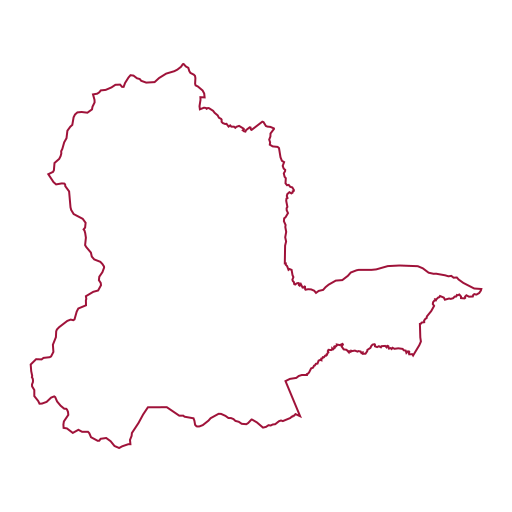 Pablo Sexto, Morona Santiago, Ecuador (Natural Earth projection)
{"feature_id": "8360857B79368212574342", "entity_name": "Pablo Sexto", "entity_type": "district", "adm_level": 2, "iso_a3": "ECU", "parent_name": "Ecuador", "parent_adm1": "Morona Santiago", "projection": "natural_earth1", "projection_center": [-78.197, -1.841], "detail": "fine", "context": "isolated", "style": "outline", "palette": "rose", "viewbox_px": 512, "rotation_deg": 0, "n_neighbors": 0, "source": "geoboundaries", "source_scale": "gbopen_adm2", "svg_char_len": 5962}
<svg xmlns="http://www.w3.org/2000/svg" viewBox="0 0 512 512"><path d="M65.3,186.2L69.1,191.4L70.5,207.3L71.2,210.0L73.7,214.1L82.7,218.8L85.6,222.8L85.1,227.6L83.6,229.4L84.5,230.6L85.2,233.1L85.9,237.7L85.1,245.1L86.2,247.0L90.9,252.6L91.8,256.6L94.2,259.4L100.3,261.8L102.4,264.0L104.0,266.5L104.1,267.6L102.4,272.2L99.3,276.7L98.9,280.2L100.7,282.9L101.0,285.2L98.1,290.5L93.3,291.8L85.9,296.2L86.3,298.9L85.9,300.3L86.0,305.3L78.3,308.5L76.7,311.6L74.5,319.4L73.3,320.2L70.7,319.6L67.3,320.9L59.1,327.2L56.9,329.5L56.2,331.3L55.9,337.2L52.9,344.7L53.4,351.9L51.1,356.4L49.7,357.2L43.5,357.9L41.6,359.4L36.1,359.2L30.7,364.5L31.2,371.1L32.2,375.9L31.9,377.3L32.7,378.5L33.0,380.4L32.9,382.1L32.0,384.4L32.1,386.4L34.3,390.0L34.3,396.1L38.2,401.0L39.5,403.7L41.9,403.6L46.6,401.9L51.1,397.6L54.2,396.4L55.2,397.1L57.1,401.5L60.6,405.7L64.2,408.7L66.2,408.8L67.0,409.6L68.0,411.9L68.3,414.9L63.9,421.4L63.4,424.5L63.6,427.9L66.9,428.4L72.8,432.9L78.4,429.8L82.1,431.8L88.0,431.8L89.3,433.2L91.0,437.2L97.7,440.8L99.3,440.7L100.6,438.8L106.2,438.0L110.6,441.2L114.5,446.0L119.1,448.0L122.2,446.3L128.3,444.2L130.4,444.2L130.0,439.9L131.6,435.9L131.9,433.0L138.5,423.0L143.1,414.5L147.9,407.3L166.8,407.2L179.3,415.7L183.3,415.7L184.5,416.7L193.5,418.3L194.4,420.7L195.1,424.8L196.5,426.3L197.7,426.5L199.5,426.4L202.8,425.1L208.5,420.6L210.6,418.2L218.6,413.8L221.1,413.9L225.5,415.9L228.4,418.0L231.1,418.1L233.5,419.1L235.4,420.9L238.8,421.8L241.7,423.8L246.3,424.2L248.1,423.1L251.5,419.5L252.1,419.6L256.9,422.4L263.0,427.6L266.0,426.9L268.5,425.2L270.7,425.5L272.7,424.5L275.2,424.2L279.0,421.2L281.0,420.5L282.8,421.1L290.3,418.0L291.8,416.6L292.6,416.6L293.2,415.8L294.1,415.7L295.5,414.1L300.1,416.2L285.5,381.1L289.9,378.9L296.3,377.9L298.7,376.0L301.8,375.0L306.9,375.0L306.9,374.1L307.9,373.7L309.1,372.4L311.1,368.4L313.1,367.6L314.0,365.7L314.8,365.5L315.9,363.8L317.5,363.6L318.6,360.6L320.2,359.9L321.4,360.3L321.3,358.6L322.5,358.3L322.8,357.2L324.0,357.2L325.1,355.7L326.2,355.6L326.5,354.6L327.1,354.6L327.3,353.5L328.4,352.3L327.8,351.1L328.5,349.8L331.1,350.1L332.1,349.6L332.2,348.4L333.1,349.3L334.2,348.2L334.2,347.1L334.9,347.4L335.2,346.2L335.9,346.4L336.9,345.4L336.8,344.5L339.8,345.1L342.5,343.9L342.9,344.6L341.6,346.4L343.7,349.4L346.5,349.8L348.9,352.4L349.3,351.2L350.6,351.8L351.1,350.7L352.0,351.1L354.9,350.6L357.5,351.6L358.3,351.1L360.6,351.5L361.4,353.0L362.7,352.4L362.8,353.8L365.5,353.7L367.2,351.2L367.4,349.9L370.4,347.9L371.4,345.8L372.6,344.6L374.5,344.2L374.9,344.5L375.0,346.3L377.1,347.1L378.9,346.2L380.9,347.3L381.5,346.2L385.1,345.9L386.6,347.3L387.1,346.0L387.6,345.8L388.3,346.2L389.0,348.6L390.6,348.1L391.6,349.0L392.5,347.8L394.5,348.8L398.3,348.3L402.6,348.9L403.8,350.3L405.7,350.6L406.4,352.9L407.8,351.4L408.9,351.4L409.3,351.9L408.9,353.4L409.2,354.3L412.3,354.2L413.1,355.5L419.3,345.2L420.9,341.5L420.3,337.4L419.9,323.9L421.0,323.6L421.6,322.6L424.2,322.2L424.1,320.6L425.4,318.8L426.6,318.1L426.9,316.4L431.2,311.1L434.1,305.9L432.8,304.0L433.1,302.2L434.3,300.6L435.7,300.4L435.3,299.3L436.3,299.4L438.2,297.5L439.3,297.2L440.0,296.0L443.8,297.6L444.9,299.7L449.1,298.5L450.7,298.9L453.2,298.2L454.6,296.6L456.0,296.6L456.9,295.0L457.6,295.3L459.3,294.5L461.0,296.5L461.0,298.1L464.5,298.4L465.2,297.9L465.1,296.6L466.4,295.3L469.0,296.7L472.8,296.5L473.2,295.0L474.3,294.1L476.2,294.6L477.0,294.3L479.2,293.0L480.9,290.5L481.3,289.0L474.2,288.5L463.3,282.9L458.6,279.5L456.8,277.5L453.6,277.7L451.3,275.9L448.4,276.3L445.1,275.3L436.1,273.7L433.6,273.8L428.6,272.7L422.8,268.3L417.8,266.2L399.6,265.5L387.8,266.1L376.2,269.4L371.2,269.9L358.5,269.9L356.5,270.3L350.8,272.5L347.9,275.8L342.3,280.1L335.8,280.6L328.7,284.6L325.6,287.1L323.1,289.9L318.7,290.9L316.0,292.9L314.2,290.7L311.1,289.4L308.1,289.2L305.5,289.7L305.1,289.1L305.0,286.7L304.5,286.5L303.3,287.6L302.6,287.6L300.8,284.0L299.7,285.7L298.9,285.1L298.9,283.3L298.2,283.0L296.4,283.5L295.3,284.5L294.3,284.2L293.8,282.0L292.8,281.0L292.4,279.7L293.4,277.1L292.5,275.1L291.6,269.9L289.5,269.0L288.5,269.8L287.1,266.1L285.8,264.8L285.8,263.4L284.8,263.4L285.1,245.6L286.1,241.5L285.2,237.3L286.2,231.9L285.3,227.0L285.6,225.0L283.9,221.2L284.2,218.3L285.5,217.3L288.0,213.1L286.7,210.3L286.6,208.2L287.4,206.9L286.2,200.8L286.5,198.5L287.5,198.0L286.8,196.0L287.3,194.1L289.4,192.2L291.4,193.4L292.6,192.6L292.7,191.3L293.7,191.0L293.9,190.1L292.3,187.4L290.2,186.8L288.7,184.9L287.0,185.2L285.5,183.3L285.8,178.2L284.6,176.8L283.8,173.4L285.1,171.1L285.2,169.9L283.7,168.6L282.7,165.9L284.1,162.1L281.9,160.8L280.5,157.3L279.0,148.1L277.6,146.9L272.7,146.4L269.8,144.7L270.1,142.3L269.2,139.6L270.4,136.5L270.5,133.5L274.0,128.9L273.9,128.4L270.4,126.9L267.5,126.6L265.9,126.0L263.5,122.1L262.3,121.7L251.6,129.9L250.9,129.5L250.5,127.5L249.7,127.3L246.1,130.1L245.4,131.6L244.1,131.3L242.8,130.3L243.9,129.3L243.7,128.7L239.1,125.9L236.4,126.8L235.3,127.8L234.0,126.7L231.4,126.7L230.2,125.4L228.6,126.6L226.5,123.8L225.2,124.0L222.8,123.1L221.6,121.8L221.6,119.6L221.1,118.9L218.9,117.7L217.7,115.4L214.6,112.8L213.1,110.8L209.0,108.2L208.0,108.0L206.6,108.8L206.0,108.0L204.0,107.7L199.9,109.3L199.5,106.2L200.5,99.9L200.4,97.2L204.6,97.4L204.2,93.5L202.6,90.5L197.9,86.5L195.6,85.4L195.1,83.8L195.4,78.1L195.0,75.9L193.9,74.7L190.4,72.9L189.3,71.1L188.3,67.8L185.9,66.5L183.6,64.0L182.8,64.2L181.0,66.8L177.4,69.6L174.3,71.2L166.2,73.6L159.1,78.0L154.6,82.1L146.2,82.6L141.2,80.8L139.7,79.0L137.0,78.3L133.5,75.6L130.5,75.2L128.5,77.5L125.1,82.9L123.6,86.9L122.1,86.9L120.1,84.6L115.4,84.8L111.5,87.4L105.7,89.9L100.8,90.4L99.3,92.3L97.2,93.7L93.0,94.4L94.5,99.8L94.6,102.4L92.5,106.7L92.0,109.4L87.4,112.7L81.6,112.0L77.4,112.4L75.0,114.5L73.6,117.3L72.3,124.9L70.3,126.7L67.4,130.7L66.5,138.2L64.2,142.3L62.3,149.0L61.2,151.2L61.3,153.5L60.6,156.1L59.2,158.9L54.5,163.0L53.9,170.3L53.0,171.9L48.3,174.2L53.5,182.1L56.1,184.4L61.8,183.4L64.4,183.6L65.1,184.5L65.3,186.2Z" fill="none" stroke="#9f1239" stroke-width="2"/></svg>